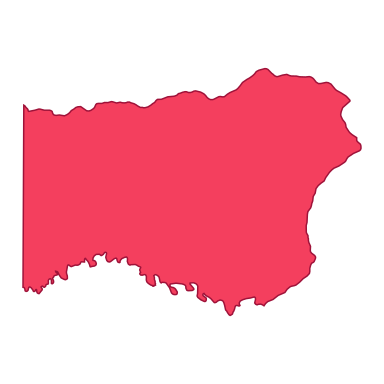 Puerto Carreño, Vichada, Colombia (Mercator projection)
{"feature_id": "7082276B50420641639319", "entity_name": "Puerto Carreño", "entity_type": "district", "adm_level": 2, "iso_a3": "COL", "parent_name": "Colombia", "parent_adm1": "Vichada", "projection": "mercator", "projection_center": [-67.983, 5.813], "detail": "fine", "context": "isolated", "style": "filled", "palette": "rose", "viewbox_px": 384, "rotation_deg": 0, "n_neighbors": 0, "source": "geoboundaries", "source_scale": "gbopen_adm2", "svg_char_len": 5917}
<svg xmlns="http://www.w3.org/2000/svg" viewBox="0 0 384 384"><path d="M23.0,287.3L23.9,287.5L24.4,287.9L24.9,289.2L25.1,290.8L26.1,291.4L27.1,291.2L28.0,290.4L28.8,287.4L29.6,287.0L30.2,287.1L31.2,287.8L32.9,290.1L33.3,291.1L33.8,291.5L34.7,291.4L35.4,290.6L35.8,289.6L36.3,289.5L36.6,289.8L36.8,291.7L37.2,292.8L38.2,293.5L39.1,293.6L42.2,289.8L42.2,288.8L41.1,287.2L41.2,286.7L42.2,286.1L42.7,286.2L43.7,287.1L44.6,287.2L45.6,286.2L46.1,284.7L47.0,284.2L47.9,284.2L48.4,283.2L48.3,280.5L48.9,279.4L49.8,278.8L50.4,278.8L51.0,279.3L51.4,280.6L51.4,283.4L51.6,283.6L52.2,283.8L53.2,283.1L53.6,282.2L53.6,281.3L53.4,280.3L52.5,278.6L52.7,278.1L53.7,276.9L53.8,276.3L54.3,275.8L55.0,275.4L57.0,275.0L57.4,274.6L57.5,274.0L57.0,273.1L55.7,271.9L55.6,271.2L57.3,271.6L57.8,272.1L59.1,274.9L61.2,277.9L64.4,279.5L65.7,279.7L67.3,278.7L67.4,278.2L67.3,275.9L66.6,273.7L66.4,272.0L67.5,265.9L67.9,265.1L68.7,264.9L70.6,266.4L71.3,266.6L75.2,265.1L77.4,265.2L78.6,264.9L80.2,263.8L80.7,262.4L81.3,261.8L84.5,262.0L84.6,259.1L85.0,258.5L85.5,258.4L86.3,259.6L87.7,261.1L88.6,262.5L89.5,264.5L90.1,266.7L90.7,266.9L91.6,266.5L94.5,266.0L95.8,265.2L96.2,264.3L96.3,263.7L96.0,262.5L95.4,261.3L94.3,260.6L93.1,260.4L92.8,260.0L93.1,257.8L94.3,255.8L96.2,254.4L98.7,254.3L99.5,254.3L101.0,255.5L101.6,255.5L103.3,254.4L104.6,252.5L105.7,252.3L106.3,252.6L106.6,253.5L105.8,257.1L105.9,257.8L106.8,260.5L107.8,261.6L109.2,262.0L110.4,261.7L114.0,258.9L115.2,258.3L116.2,258.2L116.8,258.8L117.1,260.4L117.8,262.0L118.8,262.5L119.5,262.6L120.1,262.1L120.0,261.3L120.4,260.3L121.7,258.7L124.5,257.4L126.3,257.0L126.9,257.3L127.4,258.1L127.5,259.5L127.3,261.3L128.2,263.9L129.0,264.6L130.0,265.1L130.8,264.7L135.3,264.5L136.9,265.2L138.2,266.1L140.5,267.0L140.7,267.3L140.6,267.9L139.8,269.4L139.7,270.0L140.6,272.4L139.8,273.3L139.9,274.2L140.9,275.1L142.7,275.1L144.2,274.6L145.0,274.6L145.8,275.1L146.4,276.5L146.3,280.0L146.8,281.8L148.2,283.3L150.7,285.0L152.6,285.7L153.2,285.5L153.5,285.8L153.3,286.2L153.5,286.2L155.5,285.1L155.4,284.8L155.1,284.8L155.5,283.6L155.1,282.9L155.1,281.3L154.4,279.5L154.4,277.6L153.8,275.6L155.1,274.7L156.0,274.7L157.7,275.6L159.1,277.2L160.0,281.5L160.6,282.6L161.3,282.9L161.8,282.4L162.4,282.3L164.9,282.5L166.2,283.1L169.5,287.7L171.5,292.9L172.6,294.0L174.1,294.6L176.0,294.6L177.0,294.0L177.3,292.7L177.2,291.8L175.6,289.2L174.8,288.4L173.5,287.6L171.4,287.2L170.4,286.6L170.0,285.6L169.9,284.9L170.4,284.0L176.0,283.2L182.1,283.9L183.9,284.5L185.1,285.2L185.5,285.7L185.8,286.3L185.9,288.2L186.8,290.2L187.3,290.5L188.3,290.7L192.1,290.5L193.5,289.8L193.9,289.1L193.5,288.2L189.9,283.9L190.1,283.0L193.0,282.8L194.0,282.9L196.1,283.8L197.3,285.1L197.8,286.2L197.6,293.5L197.1,296.0L197.8,297.4L200.8,299.8L204.4,301.5L205.4,301.4L206.0,300.8L206.3,299.7L206.2,298.1L203.2,295.8L202.8,295.0L203.2,293.8L204.0,293.4L204.9,294.6L206.4,295.9L208.7,297.0L210.8,298.6L214.2,302.5L214.9,302.7L216.3,302.2L217.6,301.0L220.1,300.0L222.4,300.6L223.2,301.4L223.9,302.9L224.7,305.6L225.6,309.9L226.8,311.2L227.5,312.6L229.0,314.7L230.0,315.4L230.4,315.4L232.4,314.1L233.1,312.0L233.6,311.4L234.5,309.2L235.1,306.7L235.6,305.8L236.2,305.5L237.3,305.5L238.8,306.0L239.6,305.9L240.0,305.3L239.3,304.3L239.3,302.8L240.3,301.0L242.8,299.7L246.3,298.6L250.4,298.0L253.7,297.1L254.7,297.1L255.4,297.9L255.5,299.5L254.7,303.0L255.2,303.5L255.5,304.1L256.6,304.7L257.2,304.8L258.4,304.3L260.6,304.1L262.3,304.7L264.0,305.8L265.5,303.6L267.7,301.6L273.0,299.5L278.2,295.4L284.9,292.5L287.1,289.3L289.8,287.0L291.2,286.3L294.1,285.7L295.9,285.1L299.6,282.2L303.2,278.6L307.1,276.0L309.4,273.5L309.8,271.5L309.8,268.2L310.8,264.7L311.7,263.2L313.4,262.3L314.1,261.6L315.4,258.6L315.6,257.1L314.7,255.5L311.5,253.1L310.5,251.7L310.3,250.2L310.5,246.3L308.8,242.4L308.4,240.3L308.4,238.6L308.0,237.6L308.0,235.7L306.6,233.2L306.3,232.2L306.2,225.5L307.0,222.4L307.4,214.3L307.9,211.6L310.7,207.8L311.4,205.6L311.8,203.4L312.7,201.0L313.2,196.5L315.2,193.1L316.0,188.6L318.3,185.5L321.1,183.1L324.1,181.0L325.7,177.6L329.4,172.4L331.7,170.0L333.9,168.2L338.9,166.0L344.6,162.2L345.6,161.2L346.9,158.6L348.2,156.9L353.5,153.4L359.4,150.8L360.5,149.8L361.0,148.3L360.9,145.9L360.4,144.2L357.8,142.0L356.7,140.6L356.7,137.7L352.0,134.6L349.9,132.8L348.9,131.6L346.1,127.3L345.6,124.2L345.0,122.7L342.5,119.5L340.9,116.0L340.7,114.3L341.2,111.7L342.7,107.6L349.8,101.3L350.0,100.9L349.8,100.1L347.3,97.3L345.8,95.9L340.9,92.8L336.5,90.4L334.9,88.9L331.0,84.1L328.3,82.7L326.2,82.4L320.9,83.5L318.6,83.6L316.3,82.3L313.6,78.9L312.6,78.0L310.9,77.0L309.3,76.6L305.4,77.0L299.7,76.8L296.4,76.1L291.4,76.0L289.6,75.6L286.8,74.4L282.6,75.1L277.7,76.6L276.5,76.6L274.5,75.7L273.2,74.4L271.7,73.3L268.0,69.5L266.6,68.8L264.9,68.6L258.9,70.2L256.3,71.6L254.5,74.0L252.7,75.7L249.5,78.0L246.8,79.5L242.5,82.5L240.2,85.7L237.7,88.6L236.1,89.9L230.1,92.5L227.4,94.2L224.4,96.7L222.8,96.9L220.3,96.5L218.8,96.7L213.7,99.3L212.7,99.6L210.5,99.6L208.9,98.9L207.2,97.6L205.6,95.5L203.8,93.8L200.6,92.1L195.7,90.9L194.0,91.1L192.0,92.1L190.3,92.5L188.4,92.5L186.6,91.8L185.1,91.7L182.5,92.3L180.0,93.3L178.8,93.5L177.9,94.1L176.9,95.2L174.3,96.2L167.8,96.8L161.4,99.3L157.4,99.4L156.0,100.6L154.6,102.5L152.6,103.7L150.8,105.2L148.0,106.9L145.5,107.6L143.8,107.8L142.5,107.4L140.3,107.4L137.4,105.8L136.2,104.9L134.0,103.7L130.9,102.8L129.5,102.1L127.6,102.1L126.1,102.7L124.5,102.9L122.4,102.8L120.1,102.2L116.6,103.0L112.7,101.8L111.4,101.6L107.9,102.6L104.6,102.5L102.0,103.4L98.4,103.4L96.7,103.7L95.8,104.6L94.6,107.3L93.6,108.5L91.0,110.3L89.0,111.0L86.7,110.8L80.7,106.6L77.8,106.8L75.8,107.5L73.8,109.1L71.3,110.6L69.7,112.6L68.3,113.8L66.9,114.7L64.5,115.8L59.3,115.0L56.2,115.4L54.2,115.1L52.8,113.7L52.1,111.4L50.9,110.6L49.5,110.2L44.3,110.2L40.0,109.1L38.6,109.1L35.0,110.2L28.8,111.4L28.2,110.9L27.9,109.5L27.4,108.8L26.0,107.5L24.8,105.8L23.8,105.2L23.0,287.3Z" fill="#f43f5e" stroke="#9f1239" stroke-width="1.5"/></svg>